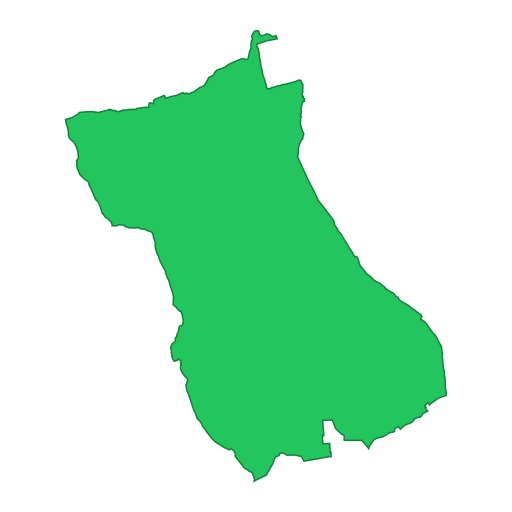 Selimbar, Sibiu, Romania (Albers equal-area conic projection), rotated 180°
{"feature_id": "2599482B14672137342466", "entity_name": "Selimbar", "entity_type": "district", "adm_level": 2, "iso_a3": "ROU", "parent_name": "Romania", "parent_adm1": "Sibiu", "projection": "albers", "projection_center": [24.225, 45.735], "detail": "fine", "context": "isolated", "style": "filled", "palette": "green", "viewbox_px": 512, "rotation_deg": 180, "n_neighbors": 0, "source": "geoboundaries", "source_scale": "gbopen_adm2", "svg_char_len": 6031}
<svg xmlns="http://www.w3.org/2000/svg" viewBox="0 0 512 512"><g transform="rotate(180 256 256)"><path d="M432.6,399.6L434.6,397.3L437.7,395.8L439.5,394.6L446.4,392.5L446.1,389.9L445.7,388.7L445.5,387.2L445.3,386.6L444.9,386.2L444.3,384.5L444.3,383.7L443.6,380.5L443.8,379.4L443.4,378.5L443.7,377.2L443.0,375.3L443.1,374.7L441.9,373.1L440.8,372.3L440.8,371.8L440.4,371.3L437.9,369.9L435.6,364.8L435.3,364.7L435.1,364.4L435.1,363.0L434.3,361.6L434.1,360.3L433.9,359.9L434.0,359.2L433.8,358.9L434.1,357.7L433.7,357.1L433.6,354.5L433.7,353.9L435.5,351.1L435.2,350.7L435.2,346.9L434.7,343.5L433.2,340.4L432.6,338.3L432.1,337.7L431.7,336.9L427.3,332.6L425.7,331.8L423.2,329.6L423.1,327.8L422.9,327.0L420.1,321.3L416.6,313.0L415.9,311.9L414.7,311.1L413.3,308.8L410.9,302.9L410.1,299.3L407.6,296.2L406.9,295.0L404.3,293.3L400.9,290.1L399.9,287.4L400.0,286.3L395.9,286.1L393.5,287.1L391.5,287.2L389.1,287.0L385.6,285.0L382.2,284.1L377.3,284.0L373.3,284.4L371.5,283.1L367.4,282.8L364.6,281.4L361.1,280.2L359.9,279.5L359.6,279.1L359.2,277.5L358.8,276.9L358.4,274.6L356.9,269.9L356.7,268.9L356.9,266.1L356.4,263.1L354.9,258.2L353.7,256.3L352.8,253.2L350.9,248.7L347.6,242.6L346.9,241.8L346.5,239.3L344.4,233.8L343.1,231.4L341.9,226.3L339.2,219.0L338.5,215.2L338.9,207.3L336.0,205.0L334.2,202.5L332.7,201.2L332.1,200.8L330.7,200.7L330.7,199.2L329.6,196.5L329.4,194.6L328.8,191.9L328.8,190.6L329.4,187.3L330.0,186.7L331.7,186.2L332.3,185.9L332.6,185.3L333.2,183.7L333.4,181.5L333.7,180.2L335.0,177.6L335.4,175.3L336.6,174.1L336.8,170.7L337.3,170.0L340.0,168.1L340.4,166.5L341.4,165.1L341.0,162.5L340.5,161.4L340.7,159.8L340.3,157.8L340.0,155.2L339.2,153.5L339.2,152.9L337.9,151.0L337.5,150.7L335.7,151.3L334.7,151.9L333.7,153.1L332.9,152.1L331.5,151.7L330.8,150.0L331.1,149.4L330.9,148.2L331.2,148.4L331.2,146.5L331.5,144.9L331.5,143.3L331.2,142.3L329.5,138.8L328.6,137.8L327.5,136.0L325.5,134.4L324.0,131.7L324.9,130.3L326.1,126.7L325.4,122.9L325.0,121.3L323.2,117.0L318.2,101.8L316.9,99.5L314.7,93.3L312.7,91.5L311.6,90.0L310.2,87.9L309.3,85.4L307.2,83.1L304.4,78.9L299.8,73.1L297.4,70.8L295.9,69.5L287.3,64.2L284.4,63.0L282.5,62.0L281.1,63.4L278.1,61.1L277.0,59.3L276.6,55.4L267.9,44.3L266.7,43.3L264.3,42.1L262.8,40.6L260.1,39.8L257.5,33.4L257.5,32.8L257.9,31.5L257.8,30.7L257.0,31.4L245.8,36.8L241.7,43.9L241.4,44.9L240.9,45.3L239.0,48.7L239.0,49.2L237.2,53.9L235.9,55.3L233.0,56.4L232.4,57.3L232.4,58.7L230.1,59.0L227.2,58.2L225.4,56.9L215.9,56.9L213.1,55.9L211.2,55.8L210.0,54.4L208.0,50.8L183.8,55.1L180.9,55.3L181.1,59.9L182.0,59.8L182.2,68.5L189.3,68.3L189.6,76.5L188.1,76.4L189.4,91.6L179.7,92.0L176.3,83.3L170.4,77.7L167.9,76.8L167.8,71.8L150.0,71.6L143.2,63.3L142.8,65.3L142.2,66.4L139.7,70.0L137.6,72.6L134.4,74.0L128.7,75.4L123.5,78.7L121.8,79.4L119.1,79.8L117.4,80.5L117.3,83.3L113.8,85.4L111.6,82.7L108.8,85.5L107.2,86.7L100.2,89.6L99.1,90.6L97.4,93.1L94.7,94.4L92.1,94.7L90.3,96.2L90.0,97.3L89.1,98.4L84.2,101.0L86.8,103.9L86.1,104.6L87.2,106.3L86.0,107.3L86.2,107.6L85.4,108.3L84.0,109.4L82.6,107.0L81.3,108.3L73.3,114.1L66.2,116.4L65.7,117.9L65.6,118.9L66.7,124.6L66.7,130.3L67.1,134.7L67.5,136.5L67.8,140.9L68.5,143.3L68.8,145.1L68.8,146.8L69.2,148.9L69.2,152.4L69.5,153.3L69.7,158.0L70.5,165.0L70.9,166.2L74.2,171.7L74.8,173.6L77.2,177.4L78.6,178.4L79.7,179.8L86.3,189.2L87.9,190.7L88.8,191.0L89.8,191.9L91.4,192.4L91.4,192.9L90.2,194.8L90.2,195.3L90.6,196.6L91.9,198.1L93.0,198.4L94.0,199.5L95.6,200.4L98.3,202.7L101.4,204.6L103.0,206.2L111.3,211.0L113.3,213.0L113.7,214.6L116.2,215.7L117.2,217.3L118.7,218.8L124.7,222.0L124.9,222.6L125.4,223.0L126.2,223.1L126.7,223.8L127.2,225.0L129.1,226.1L130.9,227.7L133.1,229.2L134.2,229.8L135.0,229.9L137.0,231.3L137.7,231.5L141.5,235.6L144.6,237.5L146.0,238.8L147.3,241.2L149.3,243.2L149.6,243.8L151.8,246.2L154.2,253.6L155.5,255.5L156.3,255.3L157.2,255.6L158.0,256.4L159.8,259.8L162.8,264.3L171.3,278.4L174.0,281.2L175.1,283.9L177.1,286.6L177.5,287.5L177.6,289.7L180.1,294.0L193.7,311.6L197.8,320.4L203.7,331.6L214.6,355.7L213.9,357.3L213.7,363.5L212.8,366.7L212.5,368.2L210.4,372.3L209.4,372.9L208.9,375.7L208.3,377.6L208.3,378.7L208.7,379.6L209.2,380.0L210.3,383.2L211.5,387.5L211.6,390.2L211.3,393.7L211.0,394.8L210.7,395.0L211.1,395.3L211.4,398.0L210.8,398.3L210.9,399.3L210.6,400.4L211.1,403.0L210.5,404.1L210.6,405.8L210.1,406.8L209.7,409.0L208.9,410.4L207.6,410.8L208.2,411.8L207.3,412.4L208.1,413.9L208.8,414.1L208.7,415.6L209.5,415.4L210.0,417.0L209.8,419.1L209.1,420.3L209.5,421.9L209.2,422.8L209.1,424.2L209.1,427.4L210.3,428.9L210.7,430.8L211.1,431.6L212.8,432.0L216.7,430.4L226.7,427.7L229.9,427.4L231.7,426.3L233.5,426.3L236.4,425.5L237.1,425.0L240.3,424.4L242.0,423.5L244.0,423.1L244.9,423.3L245.1,423.5L246.2,428.3L247.0,429.9L247.4,432.8L249.0,436.4L250.5,444.3L251.0,445.1L251.7,450.8L252.1,453.0L252.6,454.5L252.6,456.4L253.0,459.9L254.1,464.1L255.0,465.1L255.3,467.7L245.8,471.0L234.9,473.2L235.9,476.4L237.8,475.6L239.3,475.5L240.1,475.7L241.9,477.2L244.6,478.1L245.5,478.1L248.4,476.6L250.5,476.3L252.1,477.2L252.8,478.5L253.1,480.7L254.6,481.3L256.1,481.3L257.6,480.7L259.2,478.5L260.3,475.7L260.2,474.7L259.7,474.0L259.4,473.2L259.6,472.4L260.4,471.6L261.0,468.8L261.1,464.9L260.6,464.2L261.3,463.1L262.4,460.6L263.3,456.3L263.5,455.7L263.8,453.4L264.9,452.7L266.1,452.4L268.3,453.4L269.5,453.4L273.2,452.1L279.7,449.4L283.6,447.4L287.6,444.5L295.0,441.9L296.6,440.5L298.2,437.6L298.9,436.7L303.6,434.3L303.9,432.9L307.6,426.6L310.3,425.1L311.9,424.7L317.8,420.4L321.0,419.3L322.3,418.3L323.9,418.3L325.4,419.0L326.8,418.2L328.7,419.1L329.6,419.3L334.8,416.8L341.9,415.2L346.3,413.7L347.6,416.6L356.5,412.9L358.4,411.7L358.5,411.6L358.3,408.4L362.7,409.2L363.3,405.6L363.1,404.9L365.6,404.4L365.8,404.8L374.2,403.7L375.1,403.5L375.4,403.1L377.1,402.5L378.5,402.7L384.0,402.4L386.7,401.8L387.3,402.1L388.2,402.1L393.3,400.4L395.1,400.6L396.1,401.2L397.7,401.6L399.4,401.4L399.7,401.8L401.4,402.6L402.1,402.5L402.4,401.9L402.9,402.6L405.4,401.4L406.4,401.5L413.4,399.5L420.9,400.5L432.6,399.6Z" fill="#22c55e" stroke="#15803d" stroke-width="1.5"/></g></svg>